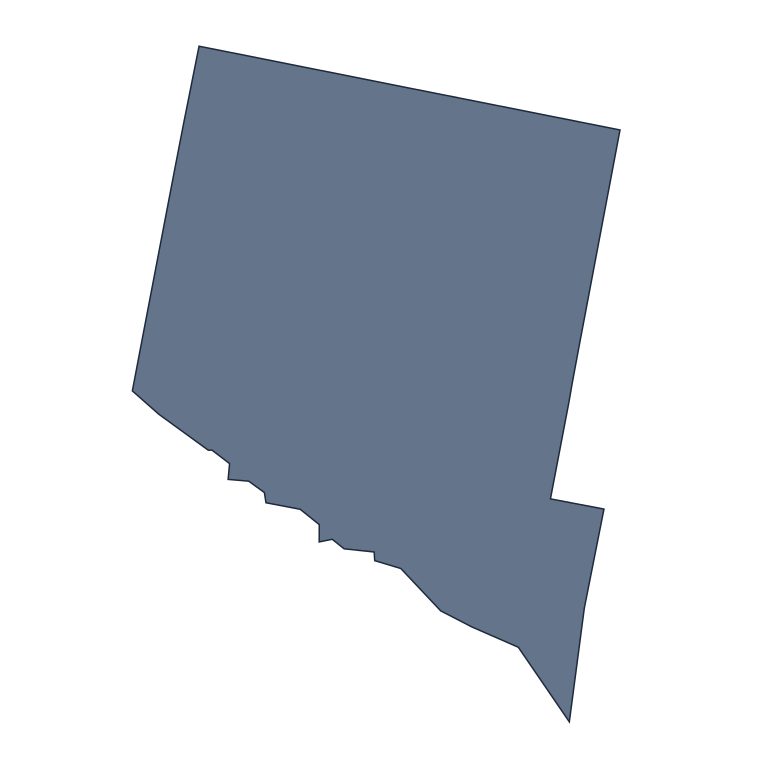 the district of Attala, Mississippi, United States of America, rotated 281°
{"feature_id": "52423323B11508580197102", "entity_name": "Attala", "entity_type": "district", "adm_level": 2, "iso_a3": "USA", "parent_name": "United States of America", "parent_adm1": "Mississippi", "projection": "equal_earth", "projection_center": [-89.691, 33.083], "detail": "fine", "context": "isolated", "style": "filled", "palette": "slate", "viewbox_px": 768, "rotation_deg": 281, "n_neighbors": 0, "source": "geoboundaries", "source_scale": "gbopen_adm2", "svg_char_len": 590}
<svg xmlns="http://www.w3.org/2000/svg" viewBox="0 0 768 768"><g transform="rotate(281 384 384)"><path d="M678.4,567.2L679.1,404.8L679.3,352.2L680.3,138.0L603.0,137.6L555.1,137.6L380.5,138.1L329.2,138.3L311.3,168.8L285.5,224.1L286.3,227.7L276.4,247.6L260.6,249.2L262.8,269.7L254.6,287.3L244.9,290.8L245.0,325.7L233.6,347.3L216.6,350.5L221.7,362.8L214.6,376.3L217.2,406.4L208.8,408.6L206.1,435.7L172.1,483.0L162.2,516.9L151.2,566.1L87.7,630.4L202.3,623.4L303.2,623.8L303.0,569.3L401.0,569.0L421.2,568.6L458.9,568.3L678.4,567.2Z" fill="#64748b" stroke="#1e293b" stroke-width="1.5"/></g></svg>